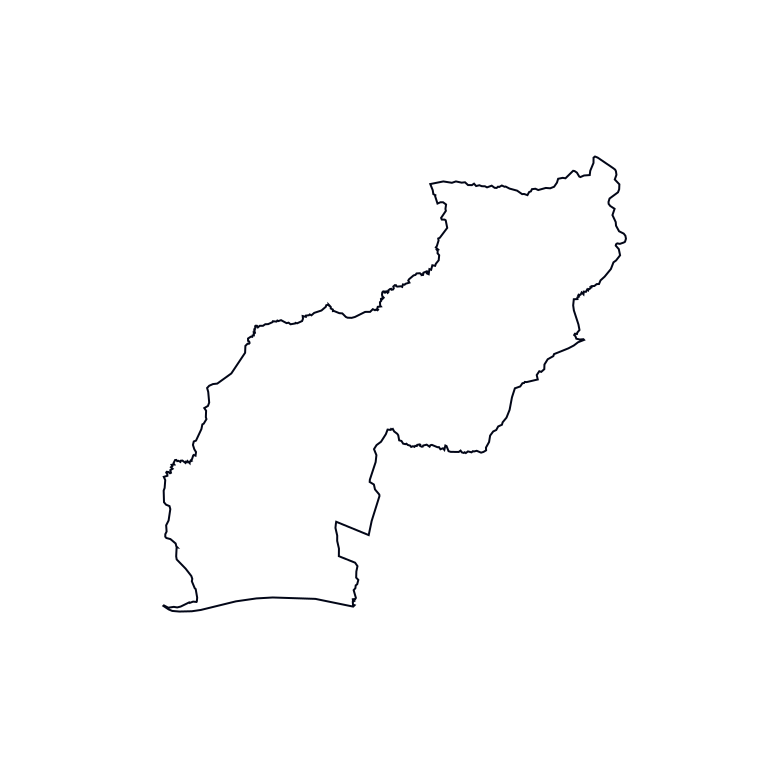 outline of Chaiya, Surat Thani, Thailand, rotated 120°
{"feature_id": "78962969B84478768396054", "entity_name": "Chaiya", "entity_type": "district", "adm_level": 2, "iso_a3": "THA", "parent_name": "Thailand", "parent_adm1": "Surat Thani", "projection": "robinson", "projection_center": [99.041, 9.444], "detail": "fine", "context": "isolated", "style": "outline", "palette": "ink", "viewbox_px": 768, "rotation_deg": 120, "n_neighbors": 0, "source": "geoboundaries", "source_scale": "gbopen_adm2", "svg_char_len": 6154}
<svg xmlns="http://www.w3.org/2000/svg" viewBox="0 0 768 768"><g transform="rotate(120 384 384)"><path d="M592.2,299.4L590.3,298.9L590.6,300.5L588.3,302.1L586.8,301.3L586.8,302.8L586.0,303.4L584.6,301.4L583.3,301.4L577.7,307.2L575.1,306.7L572.6,307.8L570.8,307.1L566.5,308.3L565.6,311.3L560.2,314.2L555.0,315.9L553.2,319.7L555.7,337.0L549.1,340.7L543.3,346.1L538.7,348.7L532.9,354.1L529.1,355.8L527.2,356.5L522.5,321.7L508.8,326.2L483.3,331.9L482.1,332.8L479.8,339.1L476.1,342.5L476.0,347.4L474.0,348.4L455.8,352.2L449.4,355.0L445.4,360.1L440.6,359.9L435.5,357.7L426.5,357.3L421.7,358.1L420.5,355.5L419.4,355.4L419.5,354.5L418.5,353.9L420.0,351.5L420.5,347.6L421.3,346.0L425.2,342.7L424.6,340.4L426.1,337.6L425.4,335.4L424.5,334.7L424.9,333.0L424.3,330.5L424.9,329.0L423.4,327.8L423.2,326.2L422.0,326.1L421.3,324.6L420.1,324.8L418.4,322.8L418.5,322.2L419.5,322.0L419.5,320.2L418.9,319.2L417.7,319.3L415.2,316.7L415.5,313.2L413.8,313.2L412.8,312.1L412.0,306.1L411.2,304.8L412.3,302.5L410.2,300.8L410.9,298.8L406.6,300.1L406.5,298.8L409.9,294.5L409.4,292.3L405.5,285.3L403.4,284.4L404.3,282.4L403.8,280.4L402.8,280.0L402.9,278.6L400.4,277.6L399.4,274.0L397.7,273.4L397.5,272.4L395.5,270.3L394.9,265.6L393.1,263.9L390.4,262.4L388.1,263.9L381.7,264.0L375.6,266.3L370.5,265.7L367.7,263.8L363.7,263.9L360.3,261.5L357.8,262.1L351.9,261.1L343.6,262.3L331.6,266.5L322.3,268.5L318.0,264.8L314.1,264.5L313.1,263.2L311.8,263.1L311.0,261.4L303.2,253.1L299.9,256.2L295.3,255.9L294.9,253.9L291.0,252.6L286.9,254.8L280.7,254.6L275.2,251.3L273.1,251.7L261.0,242.2L255.8,238.9L250.8,236.8L245.8,232.8L245.5,233.7L247.6,236.7L248.6,240.1L246.9,242.1L246.5,243.8L245.0,243.8L244.2,241.9L242.8,242.3L239.5,241.7L235.2,245.4L225.3,256.4L221.3,259.5L215.7,262.0L213.7,258.9L212.4,259.8L211.0,258.9L210.5,260.0L209.3,260.1L209.0,258.9L208.1,258.4L205.9,258.6L206.6,256.1L204.1,257.2L203.2,255.2L200.7,255.3L200.8,254.1L199.6,254.6L199.3,253.7L197.9,253.1L196.9,253.7L196.4,252.7L195.5,253.2L193.9,250.8L191.2,249.8L189.9,247.8L186.0,248.3L180.7,246.6L171.0,245.0L163.9,246.1L161.0,244.8L154.5,243.9L149.8,248.1L148.3,252.5L147.0,252.9L145.6,252.3L144.7,249.8L141.6,247.1L140.3,246.4L137.2,247.1L134.9,249.1L133.9,251.6L134.2,256.8L130.9,262.2L127.9,264.3L123.5,270.6L117.0,271.9L116.7,277.1L115.7,279.5L114.1,280.6L110.6,281.4L101.0,277.2L97.8,277.7L93.4,280.0L91.5,286.4L86.6,287.3L83.8,289.5L82.8,291.0L82.5,293.2L81.1,312.2L81.5,315.0L83.2,315.7L87.8,313.1L96.2,312.0L100.2,310.3L103.4,315.0L106.6,317.4L106.7,318.7L104.5,322.6L104.3,325.4L104.8,326.8L115.1,329.7L116.1,332.3L119.2,335.8L123.1,334.9L128.1,335.3L131.4,337.9L133.3,341.9L138.9,347.4L139.2,350.5L141.3,353.3L143.7,353.1L145.2,354.3L148.7,354.2L149.4,357.7L150.5,359.3L150.0,365.4L152.0,373.0L152.2,377.4L152.9,378.2L153.2,381.2L155.8,382.8L156.1,383.9L157.9,384.5L158.8,386.3L158.4,389.9L162.2,393.1L162.3,395.4L163.8,398.2L164.2,400.8L166.5,403.2L165.5,406.2L167.8,407.3L169.7,410.7L168.8,414.7L170.8,417.4L172.6,423.0L175.8,425.8L178.9,433.9L187.7,443.9L191.8,438.7L194.9,436.2L194.8,433.9L195.7,433.7L201.0,427.9L198.4,426.0L197.1,423.7L197.5,420.0L201.7,418.3L203.1,417.0L211.6,417.6L212.7,416.2L211.3,413.6L211.4,412.4L217.2,407.3L229.5,408.8L230.9,409.8L232.4,408.5L238.1,407.2L239.8,407.4L240.5,404.4L241.4,405.3L241.8,404.1L244.0,403.0L244.9,400.6L249.5,398.5L253.9,399.2L256.1,398.8L257.0,401.5L261.5,400.3L261.8,402.1L266.6,400.2L266.8,402.2L265.1,402.5L264.9,403.2L267.9,405.5L270.0,404.7L270.7,405.6L269.9,405.8L270.5,406.9L270.1,408.3L272.0,411.1L273.8,411.3L275.2,412.7L280.8,414.7L282.3,414.7L283.5,412.7L286.5,415.5L287.7,415.8L288.3,417.4L290.8,416.8L290.9,418.2L293.0,421.2L293.2,422.3L292.5,422.9L292.9,424.0L294.9,424.7L296.2,423.4L297.6,423.4L298.6,424.6L298.0,425.4L298.8,426.3L300.9,427.1L302.2,427.0L302.2,426.2L303.3,426.4L302.7,428.5L304.3,428.7L304.6,429.3L303.8,430.2L304.2,431.0L305.5,431.3L307.6,430.4L308.7,429.5L309.4,427.4L311.3,427.9L311.0,428.7L311.8,429.2L313.5,428.0L315.2,428.4L318.0,426.5L318.4,425.5L320.3,428.0L322.3,427.5L322.6,426.3L323.4,426.5L323.6,428.1L324.6,428.7L324.8,431.1L328.5,432.1L331.0,436.4L340.5,442.7L342.9,445.1L344.8,448.7L345.0,450.6L343.7,455.4L345.0,458.1L345.8,463.9L346.4,464.7L345.1,465.5L345.2,467.9L343.9,468.6L342.9,471.8L343.5,471.4L343.4,472.2L344.7,473.4L346.2,473.0L351.6,474.9L357.3,480.0L360.8,481.2L360.9,483.1L362.0,483.4L363.8,485.8L364.9,485.3L365.8,488.4L368.0,486.8L370.4,486.4L374.9,489.6L375.3,491.2L376.0,491.2L379.0,494.8L378.6,497.3L380.0,498.8L380.2,505.1L382.3,506.9L382.4,508.1L383.7,508.3L385.2,511.6L386.2,511.5L390.1,514.3L391.6,516.7L394.1,517.9L395.7,520.7L398.0,521.5L397.1,523.1L397.6,524.2L398.4,524.5L399.4,523.4L400.7,523.8L401.5,523.0L402.2,523.4L404.2,521.3L404.9,521.5L404.8,522.4L407.0,521.0L407.7,522.1L409.0,521.7L409.6,523.0L412.6,524.5L414.6,523.3L414.6,522.0L415.7,520.9L416.7,521.1L417.3,522.3L420.3,523.1L426.4,519.9L451.2,521.5L467.0,528.6L469.6,532.1L472.9,534.5L475.9,535.2L478.7,532.3L487.5,526.1L491.0,525.5L494.7,527.6L496.1,524.7L501.8,521.7L503.2,520.2L508.5,520.3L509.8,521.1L514.3,519.6L527.0,518.5L528.9,520.0L532.3,519.0L535.4,515.6L536.9,512.8L540.3,511.4L540.6,513.3L541.3,513.5L545.0,512.7L546.6,513.1L546.8,512.2L548.6,513.4L549.7,512.8L549.0,515.7L550.3,515.6L550.4,516.7L551.6,516.5L551.1,520.3L552.0,521.6L553.3,521.4L553.3,523.6L554.2,524.5L553.6,525.9L554.3,526.9L557.9,526.7L558.6,525.3L560.2,527.5L561.0,526.3L562.6,526.9L563.1,524.7L565.5,526.0L567.4,524.1L568.3,524.7L568.0,526.8L568.7,528.3L569.6,528.3L570.5,526.5L571.8,525.7L574.5,528.3L576.6,525.4L583.7,522.0L586.5,521.5L596.4,515.4L597.5,512.4L597.0,508.7L599.2,506.5L609.9,502.3L615.3,502.0L620.5,498.5L623.4,498.3L625.6,497.1L626.2,495.5L625.1,491.4L626.3,484.7L628.4,482.7L628.8,481.4L629.0,482.0L637.2,477.8L639.6,475.8L643.1,463.5L646.6,454.9L648.6,452.6L650.9,451.8L655.5,445.8L655.8,444.5L662.4,439.0L665.6,437.5L666.5,437.4L667.9,440.5L670.7,442.8L670.5,443.5L678.4,448.8L680.9,451.4L682.1,454.6L685.6,459.0L685.8,463.9L686.5,464.1L686.9,457.8L686.4,453.9L683.4,447.5L676.9,436.8L671.3,429.7L646.3,403.6L633.5,387.3L624.5,373.6L604.4,336.0L592.2,299.4Z" fill="none" stroke="#020617" stroke-width="2"/></g></svg>